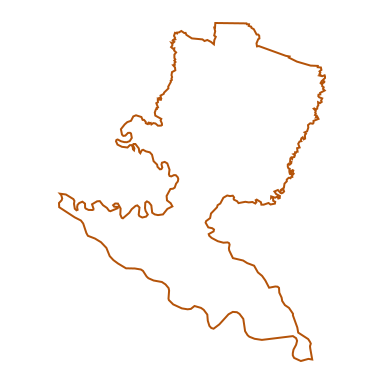 outline of Gualeguay, Entre Ríos, Argentina
{"feature_id": "61730980B31839589787630", "entity_name": "Gualeguay", "entity_type": "district", "adm_level": 2, "iso_a3": "ARG", "parent_name": "Argentina", "parent_adm1": "Entre Ríos", "projection": "mercator", "projection_center": [-59.609, -33.183], "detail": "fine", "context": "isolated", "style": "outline", "palette": "amber", "viewbox_px": 384, "rotation_deg": 0, "n_neighbors": 0, "source": "geoboundaries", "source_scale": "gbopen_adm2", "svg_char_len": 5979}
<svg xmlns="http://www.w3.org/2000/svg" viewBox="0 0 384 384"><path d="M60.0,193.7L61.3,195.2L62.2,198.5L61.6,200.3L59.0,203.0L59.2,207.2L74.8,217.4L80.9,220.5L83.2,223.5L86.4,233.1L87.9,235.8L94.9,238.5L101.0,242.2L106.4,247.9L109.7,256.1L113.4,260.1L118.0,263.5L126.0,268.3L134.9,268.5L140.9,269.5L143.0,270.9L146.6,276.5L148.4,278.2L153.6,280.5L161.9,282.0L165.5,284.4L168.6,288.1L169.1,290.6L168.5,298.7L168.9,300.1L173.2,304.4L181.9,308.4L187.6,309.3L190.9,308.9L194.5,306.0L201.0,307.9L203.7,309.8L207.3,314.6L207.8,320.8L209.4,325.9L211.3,328.0L213.6,328.7L219.3,324.4L228.5,314.3L232.8,311.9L236.9,312.2L239.5,313.9L243.3,318.9L245.1,331.2L247.6,335.2L249.3,336.7L254.6,338.8L261.9,339.9L292.9,336.1L296.1,338.2L297.1,340.8L296.1,344.8L293.5,349.6L292.8,353.2L292.8,355.4L294.1,357.9L300.8,361.0L308.4,358.9L312.2,359.5L310.2,348.2L310.0,346.1L310.8,343.6L310.0,341.9L308.2,339.1L298.2,332.6L297.3,327.5L292.9,315.3L293.0,313.8L289.0,307.9L284.9,305.1L282.2,301.0L281.6,297.6L279.3,292.7L279.0,287.9L277.6,286.7L275.3,286.5L269.1,287.7L265.3,280.4L262.1,275.9L257.9,272.4L254.1,265.7L247.2,263.1L243.1,260.5L232.9,258.1L229.2,250.4L228.9,248.2L229.6,244.6L229.0,243.1L227.6,242.4L223.4,242.7L217.8,241.2L211.6,237.9L209.2,235.7L208.7,234.1L213.6,231.4L214.0,229.5L212.2,228.2L208.3,227.4L205.6,222.7L206.1,221.1L210.1,218.1L211.0,213.5L217.0,207.3L217.6,205.2L220.3,203.5L223.4,197.7L227.2,195.5L230.0,196.1L232.8,195.7L234.1,197.4L233.6,198.9L234.0,199.7L237.1,201.2L238.5,203.1L245.3,201.8L248.8,202.4L252.4,202.0L255.3,203.5L256.4,202.2L255.7,200.2L256.7,199.6L260.9,202.2L261.4,204.7L263.6,204.7L268.5,203.0L270.5,204.5L274.9,203.6L275.2,201.8L273.2,200.8L273.0,197.2L272.2,196.8L271.1,197.8L271.2,196.4L275.1,197.7L277.5,196.5L278.3,198.5L279.7,198.1L279.9,196.0L276.2,194.1L274.4,191.5L277.9,190.0L280.5,192.9L281.7,193.3L283.3,192.4L284.1,191.4L283.5,189.8L282.5,189.3L281.1,190.6L280.9,189.9L283.9,187.8L284.5,183.6L286.8,181.3L286.7,179.8L287.6,178.7L289.0,177.7L290.5,178.2L291.2,177.0L292.3,176.9L292.1,175.5L293.7,173.7L293.3,173.2L291.5,174.5L289.9,173.9L289.5,172.4L291.4,172.5L291.6,171.5L293.1,171.2L293.3,170.5L292.6,170.1L291.3,171.0L289.4,170.4L289.7,168.8L288.5,168.4L287.8,166.8L287.8,164.5L288.8,163.7L289.7,164.6L291.2,163.3L291.4,161.9L290.1,161.8L290.4,158.4L291.2,157.5L292.2,158.7L292.5,157.3L294.3,157.0L294.9,155.3L293.5,154.2L294.9,153.8L295.1,152.4L296.0,152.7L296.5,151.8L297.6,151.7L297.1,148.2L299.6,147.5L298.2,143.8L299.5,141.6L301.2,141.2L300.8,140.6L301.4,138.3L302.7,137.3L303.7,139.3L305.1,138.6L304.9,135.1L306.0,133.7L304.6,132.4L307.1,131.3L308.3,127.6L308.0,125.1L310.2,123.3L312.8,123.7L313.5,122.9L313.5,120.9L318.5,118.9L317.5,117.0L315.9,117.4L316.6,115.6L315.0,115.0L315.8,113.4L315.2,112.5L315.8,110.9L313.7,108.7L314.3,108.4L315.9,109.4L317.2,108.7L317.4,106.6L318.3,105.4L318.1,102.2L320.0,103.1L321.7,101.9L321.1,100.6L322.2,98.4L319.2,97.3L318.3,96.2L318.5,94.7L320.3,94.4L320.1,92.9L324.7,90.5L323.0,88.9L323.7,87.3L322.2,86.2L322.2,84.6L320.6,83.1L321.3,81.8L322.6,83.3L324.2,82.3L324.3,81.5L322.5,80.4L325.0,78.0L325.0,76.4L324.6,75.3L322.2,76.2L319.7,75.6L320.6,75.1L319.4,74.2L320.3,72.7L319.5,71.4L321.4,69.9L320.9,67.5L317.7,67.2L317.8,65.9L310.6,65.6L296.9,61.6L288.8,57.6L289.5,56.5L285.7,55.8L258.9,46.1L257.0,46.4L256.5,43.3L258.2,39.2L259.4,38.5L259.2,35.7L258.3,34.6L256.6,34.5L253.8,29.2L251.5,27.9L251.2,26.7L248.7,25.9L249.0,24.3L246.8,24.2L246.5,23.4L215.3,23.0L215.0,27.8L214.3,27.7L215.2,31.2L214.2,35.5L215.8,36.8L214.3,40.2L213.9,44.3L211.0,41.9L207.3,40.0L204.5,41.0L202.5,39.4L191.9,38.4L186.4,34.9L185.6,32.9L184.4,33.1L181.3,31.0L179.0,32.4L177.0,32.6L177.0,33.4L175.0,32.8L174.0,35.9L175.1,37.9L174.6,38.6L175.2,39.4L172.9,40.1L172.6,40.7L174.2,41.9L172.7,43.3L171.5,42.9L172.4,44.3L172.3,45.6L171.1,47.1L172.9,48.7L174.3,48.3L174.1,50.5L176.1,52.4L174.4,54.6L174.4,58.0L175.3,59.4L174.3,60.6L175.5,62.0L174.5,63.1L174.8,64.8L173.1,65.2L175.0,67.4L175.3,70.3L172.0,72.1L171.5,75.2L172.1,77.1L171.5,78.4L171.9,79.9L170.7,80.7L170.9,81.8L168.2,86.7L168.4,88.4L164.1,92.6L163.7,93.9L160.5,95.6L160.9,97.6L159.4,98.0L161.2,98.7L160.9,99.8L157.8,99.4L157.9,102.3L156.3,103.2L158.0,107.4L156.7,107.9L156.9,109.0L155.9,109.3L154.8,112.5L155.3,115.6L161.3,118.9L160.6,120.5L161.9,123.4L162.0,125.0L161.1,125.6L158.0,125.7L155.5,123.5L153.3,123.1L151.4,124.4L150.8,123.0L149.4,123.7L149.4,122.8L148.6,122.6L147.4,124.0L145.8,123.2L145.7,121.8L144.0,119.9L142.6,119.9L141.4,117.0L136.0,115.3L133.3,116.4L131.0,120.8L127.3,122.1L124.7,124.4L120.9,129.2L122.0,134.6L123.3,135.9L125.4,135.6L128.0,132.9L130.0,132.8L131.0,133.5L131.8,137.9L129.7,141.1L126.9,142.2L124.3,142.1L121.1,141.3L117.7,139.5L116.5,139.9L116.0,141.3L117.5,144.6L121.9,146.8L127.5,147.5L129.8,145.2L131.4,145.1L132.6,146.6L133.0,149.3L134.0,150.3L134.4,148.4L132.9,144.9L133.5,144.0L135.4,144.0L138.8,148.4L139.3,152.0L140.3,153.2L141.7,150.4L143.1,149.8L146.0,151.4L149.8,152.3L152.0,154.7L153.6,161.2L157.1,164.6L157.5,166.8L159.9,169.3L161.4,169.1L162.3,167.5L161.5,164.5L162.0,162.7L164.7,161.9L167.3,163.4L169.5,169.7L168.9,174.3L169.6,176.0L171.3,176.4L174.0,175.1L175.8,175.2L177.7,177.2L178.3,179.0L177.8,181.5L176.1,183.6L174.7,187.6L173.0,188.7L170.4,189.0L166.6,196.0L167.0,200.4L170.7,203.2L172.4,206.4L167.4,208.9L163.0,214.4L158.0,215.1L154.7,214.4L152.2,212.7L151.3,205.4L149.0,202.5L146.9,201.4L145.3,202.7L145.0,208.1L145.6,210.9L147.8,214.6L146.1,216.6L142.3,217.5L139.4,216.1L138.7,214.7L139.5,207.5L137.3,205.4L135.6,205.9L131.7,209.2L129.3,212.8L122.9,218.3L121.7,217.8L120.3,214.5L120.6,208.5L117.9,203.6L115.2,203.5L113.1,205.2L114.2,206.7L117.9,207.0L117.7,208.2L110.4,211.2L109.0,210.7L106.9,207.9L103.0,205.2L99.8,201.1L97.1,201.3L92.0,204.3L93.5,208.6L93.4,209.6L92.4,210.0L88.5,209.9L85.8,208.6L85.1,207.7L85.0,203.6L82.4,201.7L79.3,203.0L77.6,204.8L77.1,207.1L77.6,209.8L76.5,210.3L74.8,208.7L74.0,203.8L74.4,200.9L73.4,199.1L65.9,194.5L60.0,193.7Z" fill="none" stroke="#b45309" stroke-width="2"/></svg>